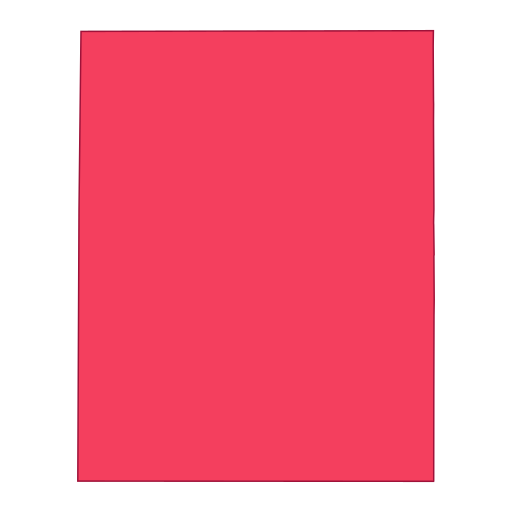 Deuel, South Dakota, United States of America
{"feature_id": "52423323B13403863294049", "entity_name": "Deuel", "entity_type": "district", "adm_level": 2, "iso_a3": "USA", "parent_name": "United States of America", "parent_adm1": "South Dakota", "projection": "natural_earth1", "projection_center": [-96.521, 44.761], "detail": "fine", "context": "isolated", "style": "filled", "palette": "rose", "viewbox_px": 512, "rotation_deg": 0, "n_neighbors": 0, "source": "geoboundaries", "source_scale": "gbopen_adm2", "svg_char_len": 413}
<svg xmlns="http://www.w3.org/2000/svg" viewBox="0 0 512 512"><path d="M79.0,210.4L77.8,481.1L433.6,481.3L433.7,480.8L433.8,390.8L433.8,390.3L433.8,390.1L434.0,315.6L434.2,299.7L433.9,256.0L434.1,254.7L433.9,239.7L433.7,224.9L433.6,223.0L433.7,217.4L433.9,209.3L433.9,209.2L433.5,121.5L433.6,104.2L433.5,100.1L433.2,46.0L433.4,30.7L81.0,31.4L79.0,210.4Z" fill="#f43f5e" stroke="#9f1239" stroke-width="1.5"/></svg>